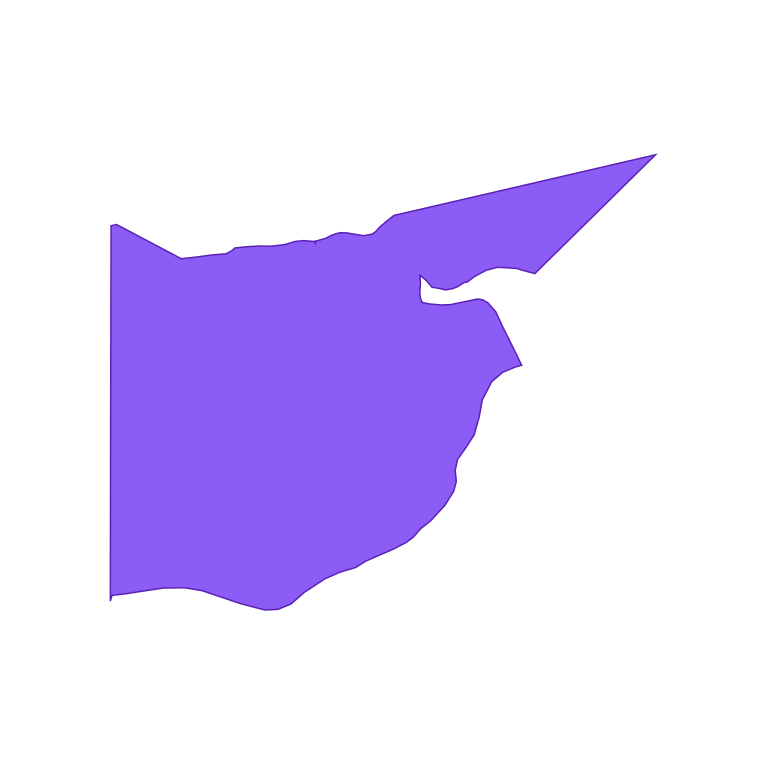 the district of Durandeau, Anse-la-Raye, Saint Lucia, rotated 350°
{"feature_id": "8701671B30216430122169", "entity_name": "Durandeau", "entity_type": "district", "adm_level": 2, "iso_a3": "LCA", "parent_name": "Saint Lucia", "parent_adm1": "Anse-la-Raye", "projection": "mercator", "projection_center": [-60.993, 13.923], "detail": "fine", "context": "isolated", "style": "filled", "palette": "violet", "viewbox_px": 768, "rotation_deg": 350, "n_neighbors": 0, "source": "geoboundaries", "source_scale": "gbopen_adm2", "svg_char_len": 1895}
<svg xmlns="http://www.w3.org/2000/svg" viewBox="0 0 768 768"><g transform="rotate(350 384 384)"><path d="M142.7,180.8L107.0,380.6L76.8,550.3L78.3,547.2L79.5,544.9L92.3,545.7L131.2,546.6L152.5,550.1L163.5,554.0L168.8,555.9L174.2,558.8L181.6,562.9L204.2,575.2L212.8,579.2L227.3,585.8L234.5,586.8L240.5,587.5L245.2,586.5L247.7,585.9L254.2,584.5L269.6,575.2L276.2,572.4L292.2,565.5L305.8,562.2L308.4,561.6L324.2,559.8L334.9,555.4L349.0,551.9L356.4,550.2L364.0,548.4L370.6,546.3L378.1,544.0L382.9,541.6L386.2,540.0L390.4,536.6L394.7,533.0L406.2,526.8L419.3,516.8L422.9,514.1L434.0,501.7L436.1,497.3L438.3,492.5L438.5,490.2L439.1,481.5L443.4,470.9L444.7,469.7L453.7,460.8L462.9,450.9L463.9,449.8L465.2,447.1L472.0,433.1L478.0,416.8L490.4,400.5L497.1,396.5L502.8,393.1L516.4,390.0L519.5,389.8L522.8,389.5L521.4,384.4L519.0,375.9L512.3,353.2L510.9,348.6L509.7,344.1L506.6,332.3L500.4,322.0L495.9,318.3L493.9,317.6L490.8,316.5L483.9,316.8L480.1,316.9L465.6,317.3L463.5,317.4L454.1,316.1L442.5,313.0L440.0,312.0L435.7,310.3L435.3,308.5L434.9,306.4L434.9,301.5L436.2,296.0L437.4,291.0L438.1,284.8L438.3,283.1L443.8,289.7L446.4,294.2L448.1,297.1L452.4,298.5L456.6,300.2L460.9,302.0L468.2,302.0L469.0,301.8L472.9,301.1L480.6,298.0L484.0,298.0L490.4,294.5L491.2,294.1L504.5,289.7L509.4,289.3L516.0,288.8L523.5,290.5L525.8,291.0L528.2,291.6L531.2,292.4L534.1,293.2L535.8,293.7L539.5,295.8L546.5,299.0L548.1,299.7L550.3,300.7L551.7,301.5L552.2,301.1L691.2,205.4L423.2,219.7L415.0,224.0L406.6,229.0L402.4,232.4L398.1,234.4L396.5,234.4L389.7,234.4L373.4,228.7L367.3,227.4L362.4,227.7L357.2,228.7L352.0,230.4L341.9,231.4L341.6,232.0L340.8,233.4L340.7,231.3L339.5,231.4L329.7,228.8L321.4,228.2L310.3,229.5L297.0,228.7L285.3,226.5L274.7,225.2L260.8,224.1L256.9,226.5L251.0,228.3L236.3,227.0L221.4,226.4L206.1,225.4L148.3,180.5L146.1,180.6L142.7,180.8Z" fill="#8b5cf6" stroke="#5b21b6" stroke-width="1.5"/></g></svg>